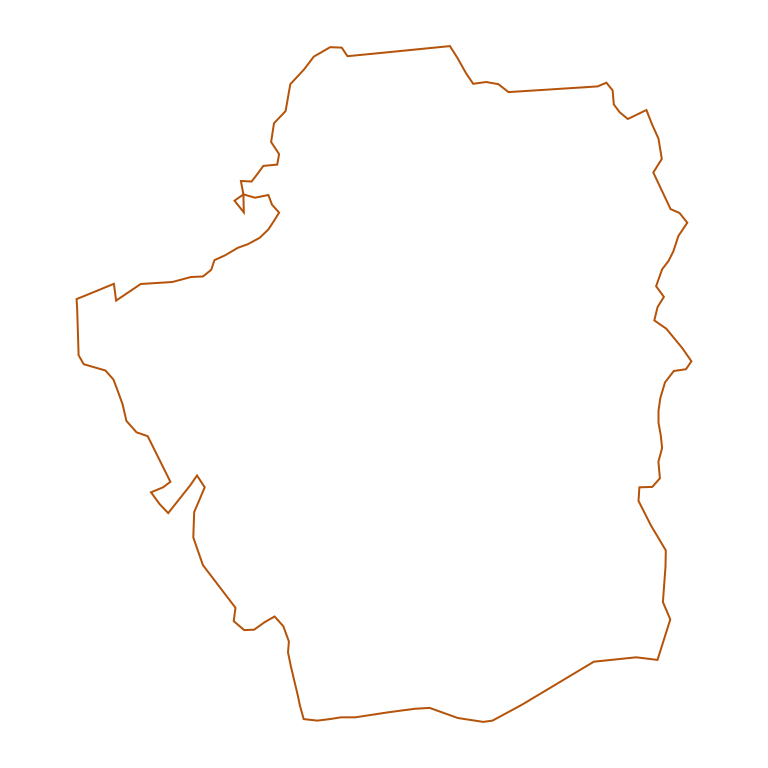 Água Santa, Rio Grande do Sul, Brazil (Natural Earth projection)
{"feature_id": "56859067B17076828661900", "entity_name": "Água Santa", "entity_type": "district", "adm_level": 2, "iso_a3": "BRA", "parent_name": "Brazil", "parent_adm1": "Rio Grande do Sul", "projection": "natural_earth1", "projection_center": [-52.061, -28.213], "detail": "fine", "context": "isolated", "style": "outline", "palette": "amber", "viewbox_px": 768, "rotation_deg": 0, "n_neighbors": 0, "source": "geoboundaries", "source_scale": "gbopen_adm2", "svg_char_len": 1859}
<svg xmlns="http://www.w3.org/2000/svg" viewBox="0 0 768 768"><path d="M243.4,194.4L255.0,197.7L268.4,195.0L272.0,204.7L279.1,212.6L274.0,220.9L268.4,229.4L259.7,237.8L247.6,244.3L237.8,247.8L225.1,255.3L214.5,260.1L211.2,269.8L202.9,276.5L191.0,277.0L172.3,282.0L140.7,284.0L116.1,300.6L113.9,283.8L76.6,299.1L77.2,309.8L78.6,355.2L83.7,364.2L92.0,366.6L105.4,370.5L113.4,379.5L117.0,388.9L122.6,404.3L126.4,420.9L136.5,432.3L147.7,436.2L170.4,481.8L163.1,487.3L151.0,492.3L159.7,504.2L168.2,513.1L190.4,485.1L197.0,475.5L204.7,487.3L198.8,501.3L194.2,512.0L193.7,525.6L193.3,537.5L202.9,565.1L235.5,607.8L233.7,621.1L244.2,630.1L254.1,629.7L264.6,622.2L274.6,616.5L283.3,626.2L288.9,641.5L288.0,652.3L290.7,665.6L294.8,682.9L297.7,695.0L299.9,705.5L303.7,719.1L317.3,720.6L329.8,719.1L341.3,717.3L355.3,717.3L388.2,712.3L414.6,708.8L429.6,707.9L457.8,718.0L483.3,721.9L492.5,720.6L507.9,712.3L521.8,704.8L593.8,661.7L636.2,657.3L657.5,659.9L670.3,619.4L662.9,602.1L665.5,566.6L665.8,550.4L657.5,536.4L651.0,525.6L645.4,514.5L638.5,500.9L639.4,487.3L652.3,486.9L659.9,478.3L658.4,461.7L662.1,448.1L660.8,435.6L658.5,422.7L658.5,410.8L660.3,398.1L665.0,382.4L673.8,371.0L686.0,369.2L691.4,361.3L682.5,348.4L673.3,337.2L666.3,328.7L654.3,320.4L657.6,307.0L663.9,296.9L656.1,286.2L662.1,269.3L668.6,260.8L673.3,251.4L678.4,236.0L687.3,222.7L679.5,213.0L670.6,209.1L653.3,172.5L661.8,158.9L658.5,138.7L652.0,124.3L646.4,110.0L627.8,119.0L619.6,112.2L613.8,104.4L612.6,90.3L606.4,82.7L597.7,86.4L508.5,92.1L498.4,84.2L486.2,82.0L473.2,83.8L466.2,73.5L457.3,57.7L449.9,46.1L347.5,56.2L341.7,47.6L330.1,47.2L313.8,56.6L304.0,69.5L290.3,84.2L285.6,111.1L274.0,123.2L271.1,142.0L279.1,154.1L277.2,164.6L263.3,165.9L257.7,173.6L251.6,181.5L240.9,181.0L243.4,194.4ZM243.4,194.4L234.5,200.7L243.8,212.4L243.4,194.4Z" fill="none" stroke="#b45309" stroke-width="2"/></svg>